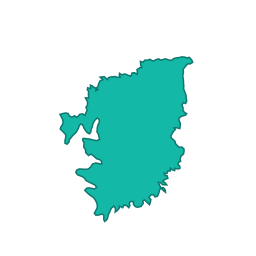 the district of Diamante do Sul, Paraná, Brazil, rotated 211°
{"feature_id": "56859067B73289338491032", "entity_name": "Diamante do Sul", "entity_type": "district", "adm_level": 2, "iso_a3": "BRA", "parent_name": "Brazil", "parent_adm1": "Paraná", "projection": "mercator", "projection_center": [-52.698, -24.994], "detail": "fine", "context": "isolated", "style": "filled", "palette": "teal", "viewbox_px": 256, "rotation_deg": 211, "n_neighbors": 0, "source": "geoboundaries", "source_scale": "gbopen_adm2", "svg_char_len": 3523}
<svg xmlns="http://www.w3.org/2000/svg" viewBox="0 0 256 256"><g transform="rotate(211 128 128)"><path d="M95.7,49.4L94.7,51.7L94.2,54.5L95.1,56.4L93.4,56.8L91.5,56.9L91.8,59.8L89.2,60.8L86.3,60.1L86.4,62.5L88.2,64.1L87.8,66.4L85.3,67.8L84.1,65.4L81.4,64.4L79.1,64.9L76.4,67.5L76.1,71.2L77.6,73.0L76.9,75.0L74.8,74.4L72.3,73.8L70.1,73.3L70.5,75.6L71.6,78.5L74.5,79.4L73.6,83.0L71.4,83.8L69.3,82.8L67.6,84.8L68.1,88.1L69.0,91.2L68.9,93.7L71.7,95.3L74.0,97.0L72.1,97.9L69.2,97.2L65.5,99.2L68.6,100.3L70.7,100.3L70.2,102.5L67.9,105.4L69.8,107.2L71.7,106.4L73.7,107.8L71.2,109.0L71.7,111.7L69.7,112.9L71.0,115.3L68.6,114.9L66.1,115.5L67.0,117.6L64.3,118.5L62.7,120.0L64.0,122.0L66.3,122.4L67.1,125.0L65.7,126.4L67.3,128.1L68.1,131.2L67.0,134.3L68.1,137.2L69.3,138.9L72.0,139.4L74.5,137.8L77.4,138.5L79.4,139.2L80.8,140.8L86.0,141.9L87.2,143.4L87.3,145.7L87.2,148.9L86.7,151.2L88.5,151.8L86.9,153.1L83.3,154.2L85.5,159.0L87.5,160.2L89.3,162.2L88.8,164.6L87.2,166.7L85.4,168.5L85.1,170.5L87.3,170.4L89.8,171.3L91.2,173.6L93.6,175.6L93.6,178.3L91.2,178.7L91.6,181.5L93.4,183.4L94.9,185.7L97.0,187.4L98.7,188.8L100.8,190.5L101.6,192.5L103.2,194.6L104.7,196.9L108.0,201.1L109.2,204.4L111.0,206.5L110.3,211.6L109.8,213.8L107.6,215.1L106.4,217.7L108.6,219.2L112.0,220.1L113.1,218.6L115.7,218.0L118.4,216.8L120.1,215.0L121.8,213.7L123.5,212.2L124.7,210.8L125.5,208.4L128.2,207.2L130.5,206.9L132.1,206.1L133.8,204.1L135.3,202.9L137.2,203.1L139.1,201.2L140.4,198.8L142.3,198.1L144.6,198.2L146.1,196.2L148.5,194.9L149.0,192.2L151.7,191.5L149.4,188.3L147.4,187.0L148.9,185.7L150.4,182.7L149.0,181.1L147.9,178.7L151.0,178.7L152.8,177.3L152.4,173.8L154.9,173.2L157.6,173.0L159.2,172.2L160.7,170.3L163.4,170.5L162.5,168.5L160.9,167.4L162.9,166.1L165.4,165.5L168.7,163.2L170.7,161.1L170.6,158.8L174.8,159.8L178.1,157.2L174.4,156.4L176.3,153.8L175.8,150.2L175.1,148.1L175.8,145.5L178.7,145.3L180.4,145.7L182.3,145.3L180.3,142.6L183.3,141.7L182.4,139.6L180.7,139.3L179.7,137.2L177.3,133.5L180.0,131.9L178.3,130.9L176.3,129.8L174.4,126.5L174.8,124.1L172.0,122.1L172.0,119.6L171.4,116.6L174.2,116.8L176.5,114.8L176.8,112.3L177.6,110.7L180.2,111.0L181.6,108.3L184.8,108.3L186.8,109.6L189.1,108.8L191.7,106.5L193.3,104.6L190.1,102.7L188.5,101.7L186.6,99.6L185.9,97.2L186.1,94.4L185.6,92.2L182.4,91.5L178.1,90.3L176.5,87.9L175.9,85.7L175.1,83.9L174.0,82.4L171.9,82.8L171.4,85.9L172.3,87.5L171.5,93.0L170.3,97.2L170.3,101.7L171.0,104.9L170.7,107.0L168.5,107.4L165.9,105.4L161.6,103.3L159.9,103.0L158.0,103.2L157.8,105.4L158.7,107.3L159.2,110.2L160.2,113.5L160.5,116.6L159.8,120.4L158.1,120.8L156.6,119.8L155.5,118.2L155.4,115.5L154.7,112.9L153.8,111.2L152.6,108.7L150.3,107.5L146.5,103.6L148.3,101.0L150.7,100.1L155.5,98.6L157.9,97.5L159.7,96.8L161.2,95.7L160.3,94.0L157.9,92.6L157.0,90.5L155.7,88.5L153.4,87.7L151.6,85.1L147.7,84.1L146.1,86.7L143.4,86.3L139.0,85.5L135.9,86.3L133.4,85.8L132.0,83.4L137.5,81.5L139.9,78.8L139.9,75.7L140.9,72.3L143.8,70.3L148.6,67.9L150.3,65.4L149.8,63.0L147.2,61.9L141.4,62.9L139.3,62.5L136.8,61.3L130.6,61.8L126.6,62.1L124.3,60.8L125.2,58.5L128.1,57.6L130.6,56.6L132.3,55.3L133.0,52.3L128.8,51.3L126.6,50.9L124.3,50.8L121.6,50.6L119.2,49.6L116.1,47.6L114.3,45.7L113.2,43.3L113.0,37.6L110.7,36.7L108.4,38.2L105.8,41.0L103.7,40.7L101.6,37.0L99.9,35.9L98.9,38.6L99.3,40.9L100.3,43.6L100.3,46.1L100.8,48.6L100.9,50.9L99.9,53.8L97.0,52.3L95.7,49.4ZM175.8,145.5L173.7,145.4L174.8,143.3L175.8,145.5ZM68.9,93.7L66.0,92.7L62.8,92.2L64.1,94.0L66.9,95.1L68.9,93.7Z" fill="#14b8a6" stroke="#0f766e" stroke-width="1.5"/></g></svg>